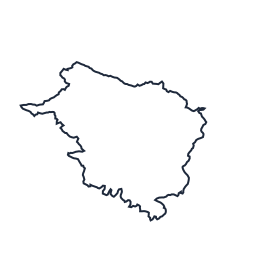 outline of Natividade da Serra, São Paulo, Brazil, rotated 228°
{"feature_id": "56859067B75442298859642", "entity_name": "Natividade da Serra", "entity_type": "district", "adm_level": 2, "iso_a3": "BRA", "parent_name": "Brazil", "parent_adm1": "São Paulo", "projection": "orthographic", "projection_center": [-45.377, -23.427], "detail": "fine", "context": "isolated", "style": "outline", "palette": "slate", "viewbox_px": 256, "rotation_deg": 228, "n_neighbors": 0, "source": "geoboundaries", "source_scale": "gbopen_adm2", "svg_char_len": 4520}
<svg xmlns="http://www.w3.org/2000/svg" viewBox="0 0 256 256"><g transform="rotate(228 128 128)"><path d="M170.1,154.0L172.5,153.5L173.5,152.7L174.6,151.7L176.4,150.7L178.6,149.8L179.4,148.2L181.0,147.6L182.4,146.7L183.4,145.3L185.3,144.9L186.9,143.9L188.3,143.5L189.6,142.7L191.7,141.4L193.6,140.7L195.0,140.5L196.6,140.6L198.3,139.6L199.8,139.7L201.4,138.7L202.8,137.8L204.2,137.5L206.6,136.1L209.6,134.9L211.3,133.9L211.4,131.8L211.9,130.0L211.5,128.1L210.3,127.2L210.7,125.8L211.4,124.4L212.4,122.6L211.4,121.9L213.2,120.6L215.0,119.8L214.5,117.2L214.2,114.6L212.4,113.0L211.2,113.2L209.4,113.0L207.4,113.7L206.2,113.5L204.9,112.2L202.8,112.2L201.6,112.9L200.1,113.7L199.1,112.2L199.6,109.9L199.2,108.2L198.6,106.6L199.9,106.2L201.1,104.6L200.6,102.7L200.7,100.4L199.5,99.0L200.1,97.1L200.3,94.9L200.4,93.3L201.1,91.7L201.7,89.6L201.4,87.9L202.2,86.3L203.8,84.0L203.0,82.4L202.5,80.6L204.5,77.9L205.7,75.1L207.7,74.4L208.9,73.1L210.7,72.0L212.4,70.0L213.2,67.8L214.9,66.0L216.5,63.3L214.7,62.8L212.6,62.8L211.4,63.4L209.2,64.4L207.2,65.6L205.1,66.3L203.3,66.0L201.9,66.5L199.6,66.4L199.8,68.2L198.9,69.8L199.7,71.5L198.5,72.1L197.1,73.0L195.9,73.9L195.1,75.6L194.0,77.8L193.0,78.9L192.5,80.4L191.4,81.3L190.6,82.5L189.6,83.5L188.2,83.5L187.1,82.4L185.5,82.1L183.7,80.3L182.6,81.1L181.2,81.1L180.8,79.8L178.9,77.9L178.1,80.3L177.4,81.7L175.6,81.5L173.1,81.8L173.4,80.1L173.2,77.8L171.3,77.9L169.7,77.4L168.1,77.7L166.3,78.0L165.4,79.0L163.0,78.8L160.7,79.0L158.8,80.0L157.1,81.2L155.8,84.1L153.3,84.0L152.7,82.4L151.9,80.8L150.4,80.9L148.9,80.7L147.2,80.9L145.4,80.7L143.8,79.7L141.7,79.9L140.4,80.1L141.0,78.1L142.2,77.1L143.5,76.0L145.3,73.2L146.1,71.1L146.7,69.8L147.9,68.8L148.2,67.4L149.3,66.9L148.3,65.4L146.7,65.4L144.9,66.2L143.2,66.8L141.6,67.6L140.2,68.8L138.3,70.0L136.6,69.6L134.7,69.2L132.5,68.8L131.1,68.3L129.9,69.5L128.4,68.8L126.9,69.0L126.1,67.6L125.2,66.2L124.4,64.5L123.3,63.0L121.5,62.4L120.3,61.8L118.9,61.1L118.2,59.1L116.5,58.0L114.3,58.9L112.5,59.6L110.9,59.5L109.9,61.0L111.0,62.1L108.9,62.9L107.7,63.6L106.2,64.4L104.9,65.2L103.7,65.4L102.3,66.2L101.8,68.7L101.9,70.8L100.5,72.0L99.4,71.0L98.3,69.7L97.9,67.1L96.1,65.4L94.3,66.3L92.6,67.0L92.1,68.3L92.9,70.3L93.7,72.3L94.1,74.1L92.9,74.1L91.9,72.5L90.6,70.9L87.9,70.9L86.4,71.5L86.4,73.8L86.7,76.7L87.9,78.5L88.4,80.3L87.2,82.3L85.7,81.5L84.6,80.7L83.7,79.1L83.0,77.7L81.9,76.6L80.4,76.1L77.7,76.2L76.4,76.7L75.2,76.1L74.5,77.5L74.3,79.8L73.1,80.8L71.4,80.5L69.5,78.6L68.8,76.1L67.0,77.4L66.7,79.7L64.9,80.8L64.4,82.4L64.9,83.7L63.2,84.4L61.7,84.5L60.7,83.4L59.2,82.5L58.0,81.3L56.9,82.5L55.5,84.3L54.3,85.3L52.3,86.5L51.1,86.8L49.8,85.5L48.6,84.1L46.5,84.4L45.5,83.5L44.2,83.0L43.7,85.0L44.1,86.9L44.7,88.5L43.4,89.4L42.2,88.6L40.6,88.6L40.0,90.6L40.3,92.6L39.5,94.3L39.6,96.7L39.5,98.4L40.2,99.8L41.1,100.7L42.3,101.5L43.5,101.8L44.7,101.2L45.4,102.4L47.1,102.8L49.3,102.6L50.9,102.3L52.9,101.3L54.3,100.7L56.3,100.0L56.3,102.2L55.4,104.6L53.6,106.9L52.5,108.0L51.4,110.7L51.6,112.2L51.1,113.5L49.9,114.5L49.4,116.1L48.0,117.6L44.3,119.2L44.5,120.7L45.6,122.1L45.2,124.6L44.3,123.8L42.8,124.7L43.1,126.0L44.1,126.8L45.3,128.5L46.0,131.0L46.3,133.1L46.4,134.9L47.4,136.5L48.8,138.4L50.2,139.9L51.7,140.3L53.1,140.6L55.3,140.5L57.2,140.5L59.5,141.0L61.2,141.6L62.5,142.4L62.7,143.7L62.2,145.0L62.4,146.9L63.2,149.1L63.1,151.1L64.1,153.4L65.6,154.7L67.2,154.0L68.5,155.6L68.9,157.6L69.1,160.0L69.8,161.5L69.6,162.9L71.0,165.1L72.7,165.9L72.6,168.3L73.4,170.7L72.9,173.0L71.9,175.2L71.1,177.6L72.1,179.1L73.0,180.1L74.4,180.4L75.9,180.2L77.2,180.6L78.3,181.9L79.0,184.0L79.8,186.1L79.2,188.1L80.0,190.1L81.3,190.2L83.0,190.6L85.3,190.7L87.0,190.6L88.4,191.2L90.0,191.9L91.4,191.1L93.5,191.4L93.4,193.3L92.2,194.8L91.2,196.3L91.3,198.0L92.6,197.1L93.5,196.0L94.2,194.3L95.6,194.0L95.6,192.1L96.1,189.6L96.5,188.2L97.9,187.3L99.4,186.9L101.4,186.5L103.6,185.7L104.7,184.7L105.4,186.2L106.4,188.0L107.7,188.7L109.0,189.7L110.5,189.7L111.6,189.0L113.6,189.1L114.9,188.9L116.6,188.1L118.3,188.4L119.5,188.0L120.9,188.0L122.4,187.4L123.6,186.2L125.1,185.2L127.4,184.1L127.6,182.1L129.4,181.5L131.0,182.1L132.5,181.3L134.0,180.7L135.6,182.3L137.4,184.1L139.8,184.3L140.1,181.9L140.2,179.9L141.9,178.5L142.9,177.5L144.4,176.1L146.5,176.5L147.7,175.3L147.9,173.9L148.3,172.6L150.1,171.5L149.8,169.6L150.6,168.3L150.8,166.8L151.7,164.8L153.9,164.2L153.7,162.4L154.2,160.8L155.2,160.0L157.4,158.9L159.6,157.3L161.2,156.8L162.2,155.8L163.4,155.1L165.1,154.9L166.5,154.9L167.9,154.2L170.1,154.0Z" fill="none" stroke="#1e293b" stroke-width="2"/></g></svg>